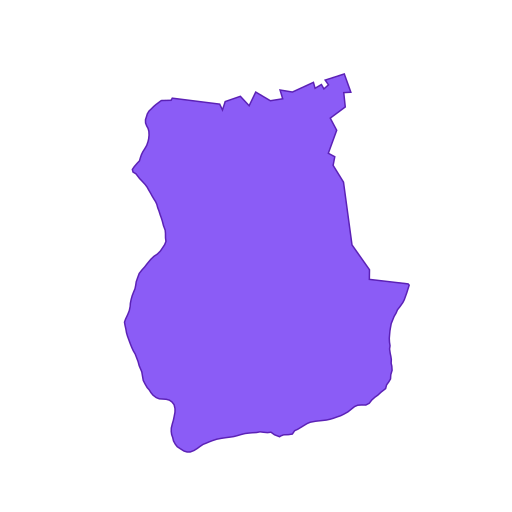 outline of VIII-1 Ireng/Upper Potaro, Potaro-Siparuni, Guyana, rotated 157°
{"feature_id": "73187651B95779409673376", "entity_name": "VIII-1 Ireng/Upper Potaro", "entity_type": "district", "adm_level": 2, "iso_a3": "GUY", "parent_name": "Guyana", "parent_adm1": "Potaro-Siparuni", "projection": "orthographic", "projection_center": [-59.613, 4.894], "detail": "fine", "context": "isolated", "style": "filled", "palette": "violet", "viewbox_px": 512, "rotation_deg": 157, "n_neighbors": 0, "source": "geoboundaries", "source_scale": "gbopen_adm2", "svg_char_len": 2857}
<svg xmlns="http://www.w3.org/2000/svg" viewBox="0 0 512 512"><g transform="rotate(157 256 256)"><path d="M304.9,80.4L303.5,80.7L300.4,80.6L296.0,78.9L292.1,77.9L288.7,80.1L285.3,80.2L277.2,81.4L274.3,81.8L271.0,81.8L265.6,80.6L262.3,79.6L258.7,78.5L255.3,77.5L251.6,76.8L248.2,76.4L244.4,76.2L240.5,75.9L237.0,76.1L232.3,76.6L227.7,77.9L224.0,78.9L220.7,78.9L217.2,77.7L213.1,75.9L209.3,76.2L205.7,78.2L201.6,79.6L198.3,80.3L193.8,81.9L188.5,83.3L186.2,86.3L182.9,88.3L180.2,90.3L178.3,94.1L175.4,97.6L174.0,101.6L173.5,104.5L171.9,107.8L171.1,110.9L170.5,114.0L169.4,118.2L167.7,121.0L166.8,124.5L165.5,128.1L163.6,131.7L162.0,134.7L159.9,138.0L157.9,141.0L155.4,143.5L152.5,146.4L149.4,148.7L146.8,151.2L143.2,153.2L139.0,155.8L136.6,157.8L131.7,163.1L126.4,169.3L126.9,170.9L160.8,190.2L156.9,199.0L163.3,228.7L146.6,289.8L149.6,309.3L144.7,316.6L149.3,322.3L132.6,340.2L133.8,353.9L115.6,358.3L111.4,372.1L104.7,369.7L103.6,389.1L123.6,390.9L122.4,385.2L128.2,383.3L128.8,388.3L136.1,387.3L135.3,393.4L158.4,392.7L169.0,399.4L170.0,390.3L182.1,393.3L192.2,407.0L203.6,397.0L208.0,409.1L224.0,410.2L229.8,403.5L230.1,410.0L268.8,432.5L271.4,434.0L273.3,432.5L282.4,436.1L286.1,435.2L289.0,434.5L291.8,433.6L294.7,432.4L297.9,431.2L300.5,429.3L302.6,426.8L304.5,424.6L305.7,421.6L305.8,418.5L305.5,415.6L305.9,412.6L307.2,409.1L308.9,406.0L310.6,403.6L313.3,400.6L316.2,398.4L319.5,396.1L321.8,394.1L323.8,391.9L326.1,389.1L328.9,387.9L333.0,385.9L336.0,384.0L336.4,381.3L334.4,378.6L332.9,372.8L331.5,369.1L330.1,365.2L329.3,361.9L329.0,358.8L328.5,355.1L328.2,351.9L327.7,348.2L327.2,345.3L327.1,342.4L327.6,338.8L327.7,335.5L328.1,331.4L328.3,327.8L328.6,324.7L329.3,320.1L329.5,315.3L330.5,312.2L332.2,308.1L333.2,304.6L335.7,302.1L338.7,300.1L342.1,297.9L346.1,296.3L350.0,295.6L354.0,294.1L359.1,291.5L362.8,289.4L366.1,287.9L370.3,285.6L373.5,282.2L376.3,279.1L378.2,276.0L380.2,273.1L382.8,270.6L385.5,267.8L387.9,264.8L390.1,261.6L391.5,258.8L394.0,255.2L397.1,252.1L400.7,248.9L402.9,246.5L403.7,243.1L404.3,239.8L405.2,235.9L405.6,232.6L405.8,228.6L406.0,224.4L406.1,220.6L406.0,216.8L405.5,213.0L405.8,204.8L406.4,200.7L406.4,197.5L406.4,194.0L407.5,189.4L408.4,185.5L408.1,181.4L407.6,177.4L406.6,174.5L406.1,171.3L405.2,168.2L403.2,164.7L400.8,162.3L397.4,160.6L394.5,159.1L392.0,157.1L390.4,154.5L389.5,151.2L390.2,147.1L391.6,143.9L394.2,140.0L396.3,137.0L398.6,134.2L401.2,130.7L402.6,127.6L403.4,124.6L403.6,121.5L404.2,118.0L403.8,114.2L403.0,111.2L400.8,107.9L398.5,104.6L396.0,102.5L393.1,101.3L389.0,101.2L385.2,101.8L381.9,102.6L378.2,103.3L375.3,103.2L371.5,103.2L368.4,103.1L363.7,102.7L359.1,101.7L355.2,100.7L350.9,99.5L347.1,98.5L343.8,98.0L339.5,97.5L335.6,96.9L332.4,96.0L328.6,94.8L324.5,93.3L321.0,92.6L318.1,90.9L314.4,88.9L311.1,88.0L308.8,84.2L304.9,80.4Z" fill="#8b5cf6" stroke="#5b21b6" stroke-width="1.5"/></g></svg>